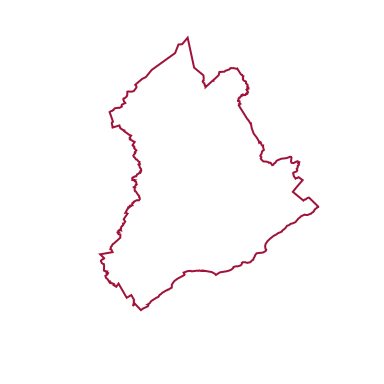 Central Hawke's Bay District, Hawke's Bay, New Zealand (Equal Earth projection), rotated 34°
{"feature_id": "76426892B41441178851735", "entity_name": "Central Hawke's Bay District", "entity_type": "district", "adm_level": 2, "iso_a3": "NZL", "parent_name": "New Zealand", "parent_adm1": "Hawke's Bay", "projection": "equal_earth", "projection_center": [176.584, -40.056], "detail": "fine", "context": "isolated", "style": "outline", "palette": "rose", "viewbox_px": 384, "rotation_deg": 34, "n_neighbors": 0, "source": "geoboundaries", "source_scale": "gbopen_adm2", "svg_char_len": 6003}
<svg xmlns="http://www.w3.org/2000/svg" viewBox="0 0 384 384"><g transform="rotate(34 192 192)"><path d="M102.1,66.5L101.2,75.0L98.3,77.3L100.3,86.2L90.3,113.4L89.5,122.5L87.4,126.2L85.0,134.8L85.3,135.1L86.5,135.2L87.5,136.4L87.3,140.9L85.8,142.6L82.8,144.4L82.3,145.1L84.1,147.7L84.0,148.4L84.5,149.3L83.6,152.2L83.0,152.6L83.1,153.5L84.9,154.9L86.9,155.5L85.0,158.9L85.6,160.3L86.0,160.5L84.8,162.9L83.7,163.3L83.4,163.8L81.4,165.5L81.1,166.2L81.0,168.0L80.7,168.1L80.4,169.5L79.5,170.4L79.0,171.8L87.2,177.9L86.8,179.1L86.9,179.7L88.5,181.3L89.3,181.7L89.6,182.6L90.1,183.0L94.6,177.4L96.7,179.1L97.5,179.3L98.0,179.0L99.3,179.3L101.5,178.8L101.6,179.5L107.8,179.7L110.0,179.3L110.0,182.0L111.0,182.2L111.1,183.1L116.5,182.6L116.5,186.3L117.7,186.4L118.0,187.0L119.1,186.9L119.7,188.1L122.6,188.6L122.3,190.9L123.1,191.0L123.3,191.7L123.0,192.7L123.0,194.6L123.9,195.3L125.4,195.5L127.2,196.3L128.1,195.9L130.6,196.6L131.6,196.4L132.1,197.4L133.1,197.9L132.3,199.1L133.7,199.6L135.1,200.9L136.7,201.3L137.8,202.4L137.5,203.6L138.3,203.8L138.4,205.1L137.6,205.4L137.5,206.7L136.6,208.1L137.0,209.4L136.6,210.0L136.8,210.3L135.5,211.6L135.6,211.9L135.0,212.6L134.8,213.3L134.7,213.8L135.1,213.9L135.1,214.4L135.7,214.8L135.8,215.4L136.7,215.1L137.5,214.2L138.1,214.0L137.9,214.5L138.7,215.1L140.0,214.9L141.2,216.1L141.3,216.6L141.8,216.7L141.5,217.5L141.8,217.6L141.5,219.6L141.1,220.4L142.0,220.4L141.8,220.7L142.3,220.8L143.6,222.7L144.4,223.2L144.9,222.9L149.1,224.6L150.4,224.8L151.0,225.8L151.6,225.9L152.7,227.0L152.6,228.7L150.8,229.7L149.5,232.1L149.5,232.6L149.2,232.8L149.5,233.2L149.3,234.3L148.8,234.7L149.5,235.9L149.4,236.3L149.7,236.4L149.4,236.6L149.6,236.9L149.4,237.5L148.3,238.5L148.5,238.8L148.9,238.8L148.5,240.0L148.3,239.7L148.3,240.1L147.9,240.0L147.6,240.5L148.2,241.6L148.0,242.0L148.4,246.4L149.1,245.8L150.1,246.3L150.6,246.1L150.6,252.8L153.2,253.9L153.2,256.9L152.7,257.0L153.4,257.8L153.2,259.2L152.9,259.5L153.0,261.0L153.4,261.6L153.2,261.8L153.5,262.5L154.7,263.5L153.0,264.1L152.6,265.8L153.3,265.8L153.5,266.4L153.9,266.4L153.3,267.4L154.0,267.5L154.7,268.1L156.4,267.3L158.1,270.0L155.9,278.8L155.5,279.3L155.5,280.7L155.7,281.9L155.4,282.9L156.2,284.2L156.2,285.0L157.5,284.9L159.8,286.3L150.7,295.0L156.2,296.0L156.2,296.8L155.3,298.1L154.9,299.6L155.0,300.1L156.0,300.8L156.1,301.5L156.1,301.2L158.4,301.4L159.2,301.1L159.5,301.6L160.1,301.8L162.9,306.4L164.3,306.2L164.6,305.8L165.6,306.0L166.2,305.4L166.6,306.3L167.7,306.1L167.9,307.4L167.3,307.6L167.6,307.8L167.6,308.8L167.1,310.0L168.7,311.3L170.5,311.4L172.3,312.2L173.5,312.3L173.6,312.8L174.2,313.0L174.0,312.4L174.2,312.0L175.9,312.8L177.0,312.3L177.4,312.5L177.9,312.0L179.1,312.0L179.7,312.3L180.0,312.7L179.8,313.0L182.2,312.9L182.3,309.0L197.0,316.2L199.3,311.4L204.4,313.9L204.6,315.0L205.4,315.5L205.7,316.8L206.3,317.5L206.6,319.6L207.3,316.6L215.7,318.5L216.6,315.9L219.3,311.5L219.2,310.4L218.5,309.6L218.3,309.7L219.1,307.9L219.2,305.2L221.8,299.2L222.8,297.8L222.7,295.4L223.3,294.2L223.6,292.5L225.8,287.8L226.3,287.4L226.4,286.6L227.3,285.9L227.4,285.0L228.7,282.6L227.2,280.3L227.0,278.0L227.2,275.5L228.5,271.9L232.1,265.1L232.0,264.6L230.1,263.5L232.4,260.3L234.8,258.2L236.2,257.9L240.4,254.2L241.6,253.7L241.9,253.0L243.3,252.5L244.0,251.8L244.1,252.1L246.3,250.7L246.1,250.5L253.2,247.3L256.9,247.0L258.2,247.4L260.1,243.0L265.3,238.1L267.4,235.5L268.2,233.8L268.7,231.9L268.3,231.3L268.7,230.4L270.5,228.6L271.3,228.3L273.3,225.8L273.6,224.4L273.3,223.0L273.0,222.8L273.4,221.8L275.4,220.5L277.5,219.8L279.6,217.6L280.0,215.2L280.7,213.9L280.1,212.5L280.2,211.1L279.7,209.2L279.8,206.7L284.6,202.6L285.6,200.8L286.1,199.3L285.9,198.4L284.6,197.9L282.9,196.0L282.1,193.9L282.1,190.2L283.1,186.1L284.5,182.0L285.7,180.0L286.3,178.1L288.1,175.5L288.6,174.4L288.4,173.6L289.3,171.0L289.7,169.0L289.6,167.0L291.1,165.0L291.5,163.3L293.0,161.7L294.6,159.2L295.1,154.4L295.8,152.5L295.9,151.3L298.1,147.7L298.6,147.7L300.5,146.6L302.8,143.4L302.9,142.5L303.8,140.6L303.6,139.9L303.8,139.4L303.5,138.4L303.8,136.8L304.4,135.5L304.3,134.6L305.0,133.9L304.8,133.5L292.1,131.2L291.2,132.3L290.6,133.6L290.5,134.5L289.5,135.4L289.2,136.8L275.5,135.5L276.0,129.4L277.1,120.3L272.1,120.1L271.4,121.6L270.6,122.2L270.4,123.0L267.1,121.7L266.7,121.0L265.2,119.8L265.7,118.5L267.2,116.5L267.2,115.6L267.1,115.0L265.8,114.2L266.0,112.8L265.0,111.2L265.4,110.7L265.4,109.9L265.1,109.2L264.1,108.9L264.6,108.2L264.3,107.3L263.3,107.7L262.4,107.4L261.5,108.5L260.1,111.1L258.4,112.1L257.1,111.5L255.2,107.8L254.5,107.5L253.7,107.8L251.4,111.1L247.4,114.5L245.1,118.0L244.6,119.4L244.8,121.2L244.1,122.3L244.2,124.0L243.5,124.9L240.8,123.8L239.8,124.3L239.5,124.8L238.7,124.6L237.1,125.0L234.0,126.8L231.1,126.2L230.3,125.8L230.0,124.3L228.7,124.0L228.3,123.6L228.3,121.6L227.4,118.9L228.1,117.0L225.9,115.1L225.1,113.9L224.9,114.3L223.5,114.1L220.9,112.3L220.2,113.7L218.9,112.4L215.3,110.7L210.5,109.1L205.8,105.7L202.6,102.3L202.4,102.7L199.3,101.2L196.4,100.3L182.5,94.1L182.8,93.7L182.7,93.3L181.9,92.8L182.6,91.9L181.9,91.8L180.7,90.2L179.2,90.8L179.0,90.5L179.2,89.6L178.5,89.0L178.3,87.6L179.0,86.9L178.8,85.8L179.2,84.7L178.8,84.1L179.3,83.2L179.7,83.6L179.8,82.7L180.7,82.8L181.6,82.1L181.8,80.9L182.2,81.1L182.3,80.6L182.1,80.3L182.7,79.9L182.4,79.4L182.8,79.2L182.5,78.6L182.6,77.9L180.6,77.0L180.5,76.8L181.0,76.6L180.7,75.9L180.4,76.0L180.7,75.3L180.4,75.2L181.0,74.6L180.4,74.0L179.8,74.3L179.6,73.9L179.2,74.1L178.6,73.4L178.5,72.4L178.0,72.0L176.0,71.8L175.6,70.9L175.0,70.3L174.2,70.3L173.4,70.7L171.3,70.3L171.0,69.5L170.2,68.9L170.2,68.2L169.9,67.3L169.2,67.4L168.1,66.9L167.8,67.2L166.5,67.0L160.5,64.4L160.4,64.8L156.9,66.2L155.8,67.1L155.1,67.3L154.5,68.3L154.6,68.8L154.2,69.8L151.9,72.8L151.6,74.1L147.6,77.2L148.8,80.3L147.2,87.1L147.6,87.8L146.9,88.0L144.6,97.5L144.4,97.2L142.9,96.4L143.0,96.2L142.7,96.2L141.5,95.0L140.1,95.0L139.0,94.4L138.9,93.9L139.3,93.0L138.5,92.1L138.2,91.2L136.2,88.9L124.2,87.7L102.1,66.5Z" fill="none" stroke="#9f1239" stroke-width="2"/></g></svg>